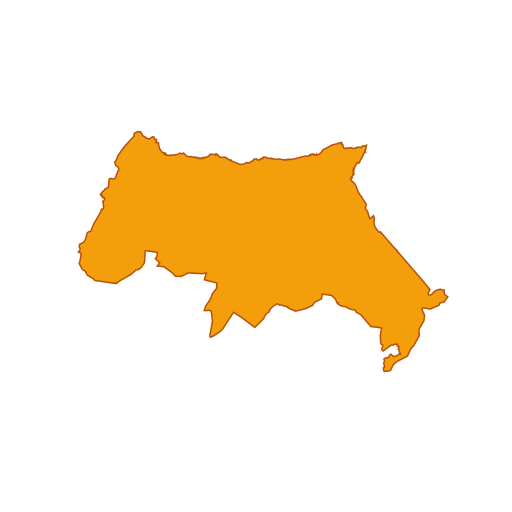 Asares pag., Aknistes, Latvia (Robinson projection), rotated 147°
{"feature_id": "27541924B18984780687847", "entity_name": "Asares pag.", "entity_type": "district", "adm_level": 2, "iso_a3": "LVA", "parent_name": "Latvia", "parent_adm1": "Aknistes", "projection": "robinson", "projection_center": [25.901, 56.138], "detail": "fine", "context": "isolated", "style": "filled", "palette": "amber", "viewbox_px": 512, "rotation_deg": 147, "n_neighbors": 0, "source": "geoboundaries", "source_scale": "gbopen_adm2", "svg_char_len": 6132}
<svg xmlns="http://www.w3.org/2000/svg" viewBox="0 0 512 512"><g transform="rotate(147 256 256)"><path d="M103.0,288.7L104.4,288.9L106.8,290.3L108.7,289.8L108.8,290.2L110.2,291.2L111.9,291.7L112.2,292.3L115.0,292.5L116.6,294.0L117.3,295.2L118.8,295.5L119.1,296.2L120.0,296.3L120.7,297.0L121.6,297.0L122.2,297.5L122.9,297.5L123.5,298.5L123.1,301.1L122.6,302.2L123.3,303.1L122.4,303.9L122.4,304.6L123.3,305.1L127.0,306.0L131.6,307.7L138.8,308.2L141.4,308.7L142.7,308.1L143.8,308.1L144.4,307.6L147.7,306.9L149.2,307.3L149.4,307.7L150.2,307.7L149.9,308.4L150.7,308.1L152.3,309.3L152.6,309.7L152.3,310.0L152.6,310.3L152.4,310.4L153.9,311.2L154.8,310.8L155.1,310.8L155.1,311.3L155.4,311.5L155.9,311.4L155.7,311.0L156.1,310.9L156.6,311.0L156.4,311.4L157.2,311.2L158.1,311.4L161.1,313.5L162.0,313.4L163.0,314.0L172.0,316.9L172.6,317.5L174.3,318.0L175.5,319.0L176.0,318.9L176.0,319.5L176.8,319.9L177.2,319.7L178.5,320.0L178.6,320.7L179.1,320.6L179.0,320.3L179.4,320.3L179.7,320.8L179.6,321.0L181.7,322.6L183.7,324.9L184.9,325.0L185.5,325.8L187.2,326.3L187.9,327.7L189.0,328.4L189.9,329.8L190.7,329.6L191.1,330.2L193.7,332.1L193.8,332.5L193.5,332.9L193.8,333.4L195.5,334.7L197.2,334.9L197.1,334.1L197.4,333.9L198.4,334.1L199.2,334.9L200.1,334.5L200.0,335.0L202.3,335.4L202.7,336.2L202.5,337.2L204.8,338.3L205.5,338.3L206.2,337.4L208.6,338.0L210.5,337.5L212.3,338.6L212.8,339.5L216.1,339.8L219.4,341.3L224.8,349.2L224.6,349.9L225.7,350.2L225.4,350.8L226.8,352.4L226.9,353.2L227.4,353.9L227.3,354.8L228.3,355.1L228.4,355.8L232.0,358.1L233.1,360.3L232.6,361.2L233.4,362.4L234.2,362.4L234.0,362.9L234.5,362.8L234.3,363.3L235.0,363.1L235.2,363.3L234.8,363.5L235.8,363.8L236.9,365.0L238.1,365.7L239.2,365.8L239.3,366.2L240.0,365.7L240.3,365.9L240.8,365.6L242.3,365.6L243.4,366.0L244.8,365.9L245.2,366.5L245.8,366.6L245.7,366.9L246.4,366.9L246.9,366.5L247.2,366.9L247.0,367.3L248.4,367.4L248.4,367.9L249.2,367.5L250.2,368.4L249.9,369.0L250.8,369.1L251.4,369.9L252.2,370.2L251.8,371.0L253.0,371.4L253.4,372.4L255.2,373.2L256.3,374.9L257.8,375.5L259.1,376.7L260.0,378.2L260.6,381.8L262.2,382.0L264.0,383.8L266.0,383.8L270.5,385.7L271.6,386.4L272.5,386.6L272.3,386.9L273.2,387.2L276.4,389.4L276.5,389.8L276.2,389.9L276.7,390.5L276.4,390.7L276.8,390.9L276.6,391.0L277.0,391.2L276.2,391.6L276.3,392.2L278.1,393.8L278.4,398.5L277.1,402.0L276.9,403.0L276.2,403.6L276.1,404.0L276.6,404.8L277.7,405.2L278.3,406.1L276.9,406.6L276.0,407.7L276.2,408.2L277.0,408.6L276.9,408.9L277.3,409.3L277.4,409.8L276.8,411.0L276.9,411.7L278.3,412.4L281.2,412.2L283.6,414.1L283.9,414.8L283.7,415.3L285.6,418.8L285.2,419.8L285.3,421.6L285.0,422.7L287.3,424.7L289.2,424.9L290.4,425.3L292.1,424.6L292.6,423.3L293.6,422.6L296.0,422.3L307.9,419.1L317.0,415.4L321.8,412.0L323.4,411.8L324.4,408.1L323.1,405.5L324.2,402.8L326.3,402.1L326.7,401.4L328.7,400.3L330.3,398.8L332.6,397.7L333.4,398.0L335.9,400.5L336.7,400.5L337.5,400.2L342.2,394.2L346.6,394.3L347.6,393.8L350.2,393.4L352.7,392.5L353.1,392.0L353.0,391.4L352.5,391.4L352.2,390.8L352.9,390.6L352.3,389.1L353.0,388.6L352.5,387.9L351.9,387.8L351.4,387.3L351.6,386.2L352.5,385.5L353.4,385.6L354.9,385.0L354.7,384.5L355.3,384.2L355.1,383.7L356.7,381.1L356.9,380.2L357.2,380.2L358.2,378.6L359.4,378.9L359.7,379.4L360.5,379.2L361.8,378.0L361.8,377.7L374.9,371.2L381.1,366.7L383.1,367.4L384.9,367.4L390.0,362.8L393.2,361.3L397.5,361.9L399.5,359.6L399.4,357.9L400.7,356.7L402.7,356.1L402.2,355.7L402.0,354.6L401.2,353.4L405.4,348.6L408.3,346.1L408.6,343.8L409.0,339.8L408.5,338.1L407.3,336.1L407.7,335.2L407.8,331.7L405.0,325.9L404.5,323.3L390.4,310.8L388.2,309.4L388.3,309.1L383.0,309.3L371.2,308.6L364.0,309.6L361.7,308.6L358.9,308.8L353.3,311.0L345.9,320.8L337.1,313.1L336.9,312.4L339.3,309.6L341.9,308.6L340.5,302.7L344.3,301.4L339.1,297.2L335.4,287.5L334.5,282.9L329.8,279.6L322.2,278.8L310.5,270.3L306.9,268.9L312.3,264.2L303.6,254.8L306.8,250.0L307.7,250.0L312.8,248.3L318.1,244.5L325.4,241.5L329.1,238.5L327.1,237.0L325.0,236.3L323.8,234.4L324.5,232.0L327.9,225.2L338.5,213.9L338.4,212.6L336.2,212.2L332.4,212.1L327.4,212.2L323.8,212.9L305.5,221.0L301.7,212.7L295.9,196.8L283.9,199.2L281.4,200.8L278.4,202.0L275.0,202.1L273.5,203.5L272.6,203.8L268.8,204.6L264.0,204.4L263.4,202.3L261.0,200.8L260.2,199.2L257.1,196.3L257.6,195.6L256.0,192.7L252.9,188.2L243.4,184.9L235.4,183.7L232.2,185.3L224.5,184.4L221.2,187.9L214.2,181.9L212.8,176.8L213.6,172.4L212.7,171.9L213.4,171.0L212.8,169.6L211.2,167.0L208.3,164.6L208.0,163.4L204.8,158.8L202.2,156.8L202.5,154.7L202.4,153.9L200.4,150.6L200.0,149.1L198.6,137.8L198.4,137.6L198.2,134.3L193.5,130.5L189.9,127.1L195.1,121.6L199.2,114.4L198.1,112.4L200.1,110.3L201.1,109.7L201.5,108.4L201.1,107.1L191.0,107.7L189.6,106.5L187.8,106.6L185.3,104.8L186.7,103.5L186.1,102.9L185.4,101.3L187.4,100.6L187.4,98.6L188.0,97.8L188.0,95.6L188.6,95.0L189.2,96.0L191.0,95.7L193.8,95.9L195.8,97.4L196.1,99.9L197.3,100.3L200.3,98.8L202.9,99.9L204.9,99.9L205.3,97.9L207.1,96.8L207.9,94.9L208.2,93.1L208.7,92.8L209.9,93.1L210.4,92.6L211.4,89.5L211.2,89.2L205.7,86.7L200.1,90.1L195.8,90.7L183.5,89.6L177.0,93.7L172.3,95.0L162.4,100.3L159.4,105.6L150.4,110.3L147.1,114.2L146.6,115.9L146.4,118.6L145.5,121.6L143.6,121.2L139.0,116.7L129.4,115.0L127.4,116.4L123.2,115.0L117.4,117.2L118.8,121.1L116.7,125.1L117.9,125.4L119.4,127.7L122.7,128.9L126.6,129.0L129.2,128.1L131.9,128.6L132.4,129.2L132.3,130.4L129.8,132.6L128.4,132.9L129.2,141.2L135.0,183.7L134.7,183.9L134.9,184.0L135.9,190.0L138.5,208.5L140.0,209.0L140.4,215.3L139.6,218.3L138.4,220.4L136.0,223.3L135.5,225.8L139.6,225.1L140.1,225.4L138.2,232.8L138.4,236.3L135.3,239.5L135.4,243.9L135.2,248.9L135.5,249.0L135.4,254.0L134.2,259.4L133.8,262.6L135.2,268.7L134.0,269.0L133.3,269.9L132.7,269.4L132.8,270.3L130.1,271.0L130.5,271.2L129.9,272.0L128.9,272.3L129.1,272.7L128.2,273.3L128.2,274.3L127.8,274.2L126.9,274.9L127.6,275.0L127.0,275.4L126.6,276.2L126.2,276.0L123.5,277.5L122.1,278.0L122.0,278.3L120.4,279.2L120.1,279.1L120.0,278.7L119.4,278.5L119.3,278.0L118.7,278.0L118.5,278.5L117.9,278.3L116.4,279.5L112.1,281.5L112.0,281.8L107.9,284.2L107.7,283.8L107.6,284.7L106.9,284.9L103.0,288.7Z" fill="#f59e0b" stroke="#b45309" stroke-width="1.5"/></g></svg>